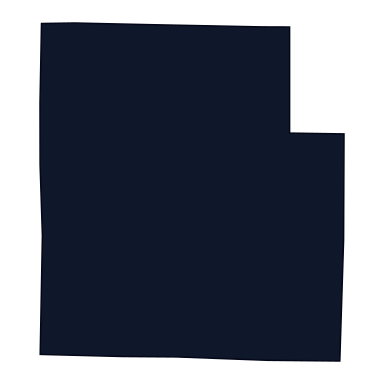 outline of Texas, Missouri, United States of America
{"feature_id": "52423323B54713673319448", "entity_name": "Texas", "entity_type": "district", "adm_level": 2, "iso_a3": "USA", "parent_name": "United States of America", "parent_adm1": "Missouri", "projection": "robinson", "projection_center": [-91.991, 37.327], "detail": "fine", "context": "isolated", "style": "filled", "palette": "ink", "viewbox_px": 384, "rotation_deg": 0, "n_neighbors": 0, "source": "geoboundaries", "source_scale": "gbopen_adm2", "svg_char_len": 324}
<svg xmlns="http://www.w3.org/2000/svg" viewBox="0 0 384 384"><path d="M40.0,103.4L40.1,164.8L42.4,235.8L40.2,354.4L122.0,356.5L176.3,356.9L267.4,360.3L339.8,361.0L343.6,239.8L344.0,133.9L289.6,133.1L289.6,27.0L262.4,26.9L151.9,24.7L74.7,23.0L41.5,23.5L40.0,103.4Z" fill="#0f172a" stroke="#020617" stroke-width="1.5"/></svg>